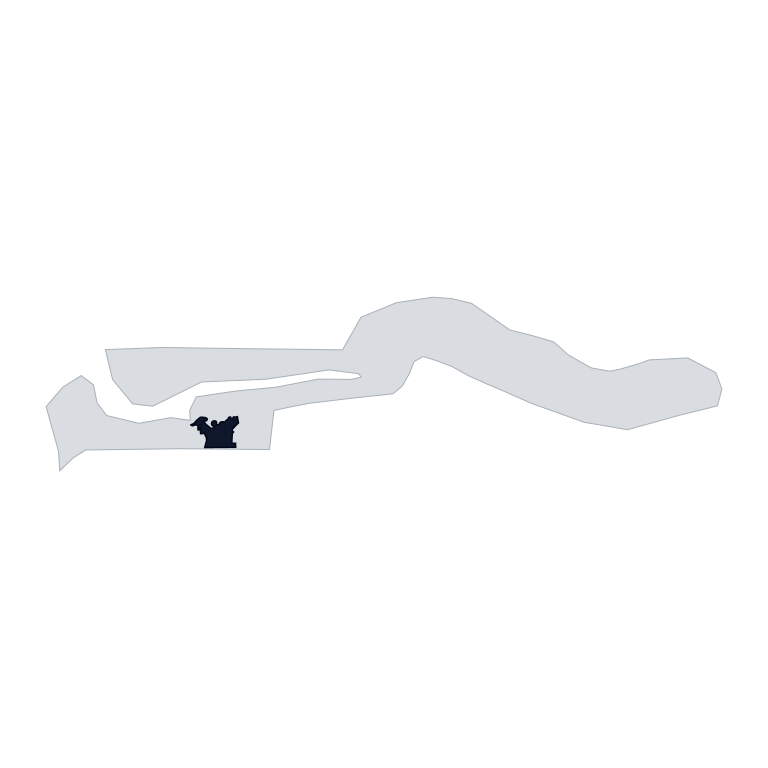 Foni Kansala, West Coast, Gambia shown in context
{"feature_id": "56634734B42615963496738", "entity_name": "Foni Kansala", "entity_type": "district", "adm_level": 2, "iso_a3": "GMB", "parent_name": "Gambia", "parent_adm1": "West Coast", "projection": "albers", "projection_center": [-16.082, 13.232], "detail": "fine", "context": "in_parent", "style": "filled", "palette": "ink", "viewbox_px": 768, "rotation_deg": 0, "n_neighbors": 0, "source": "geoboundaries", "source_scale": "gbopen_adm2", "svg_char_len": 3857}
<svg xmlns="http://www.w3.org/2000/svg" viewBox="0 0 768 768"><path d="M105.4,349.6L162.5,347.5L231.7,348.5L307.0,349.4L342.5,349.9L361.0,317.2L396.4,302.7L432.7,297.2L451.6,298.6L471.5,303.3L509.9,330.0L533.7,336.0L553.9,342.0L568.4,355.0L591.3,367.9L609.4,371.2L620.0,369.2L637.8,364.0L649.5,359.9L687.7,357.9L715.9,372.7L721.9,389.1L717.4,405.9L679.7,415.2L627.5,429.7L584.2,422.3L531.5,403.4L500.7,389.8L487.8,384.4L468.6,375.8L451.8,366.4L435.6,360.4L423.3,356.5L414.2,361.5L409.6,373.1L402.3,386.1L392.9,393.8L348.9,398.5L309.3,403.3L288.1,407.4L273.9,410.5L269.5,449.6L224.6,449.1L180.5,448.7L134.8,449.3L85.7,450.0L73.1,457.9L59.8,470.8L58.5,451.2L46.1,406.6L62.9,387.1L81.2,375.6L93.5,384.8L97.1,403.0L106.6,415.5L138.8,423.3L170.8,417.7L190.3,420.3L189.7,410.3L196.3,396.9L235.1,391.1L276.1,387.2L318.2,379.1L351.2,379.4L361.1,377.1L358.7,373.7L329.0,369.9L265.9,379.2L201.5,382.0L152.7,406.2L132.7,403.9L112.6,379.6L105.4,349.6Z" fill="#d9dde1" stroke="#a8b0b8" stroke-width="1"/><path d="M204.7,447.5L207.2,447.5L207.3,447.4L207.3,447.5L209.5,447.5L212.7,447.5L213.2,447.5L213.4,447.4L219.2,447.4L228.1,447.4L229.8,447.3L231.2,447.3L235.7,447.3L235.7,445.7L235.5,445.4L235.6,443.3L234.5,443.3L231.8,443.3L232.0,438.9L232.2,435.6L232.4,433.3L233.6,432.0L232.3,430.9L232.3,429.1L234.0,427.5L233.9,427.4L238.5,422.9L237.4,416.9L237.4,416.6L237.2,416.6L236.7,416.7L236.4,416.9L235.6,417.2L235.4,417.2L235.0,417.1L234.4,416.9L234.0,416.8L233.7,416.9L233.5,417.0L233.2,417.3L232.9,417.9L232.9,418.4L232.8,418.7L232.7,419.0L232.2,419.3L231.6,419.1L230.9,418.3L230.9,417.7L230.8,417.3L230.8,417.2L230.6,417.1L230.4,417.0L230.1,417.0L229.8,417.0L229.6,417.0L229.4,417.1L229.1,417.2L228.8,417.4L228.6,417.6L228.4,417.9L228.3,418.1L228.1,418.6L228.1,419.0L227.9,419.3L227.6,419.6L226.9,419.9L226.2,420.3L225.6,420.9L225.3,421.4L225.1,421.9L224.9,422.0L224.6,422.1L224.3,422.1L223.8,421.9L223.2,421.8L222.3,421.8L221.8,421.8L221.2,421.9L220.4,422.3L219.8,423.0L219.4,423.5L219.1,424.1L218.8,424.6L218.6,424.7L218.1,424.7L217.6,424.8L217.0,424.7L216.8,424.4L216.6,424.0L216.4,423.7L216.4,423.4L216.6,422.8L216.6,422.4L216.5,421.8L216.1,421.3L215.4,421.0L214.9,420.9L214.7,420.9L214.8,420.9L214.0,420.9L213.6,420.9L213.1,421.1L212.9,421.2L212.4,421.6L212.2,421.9L212.0,422.0L211.8,422.2L211.7,422.5L211.5,423.3L211.5,424.0L211.8,424.9L212.0,425.1L212.0,425.3L212.4,425.6L213.1,426.0L213.7,426.2L214.2,426.3L214.7,426.4L214.8,426.7L214.8,426.9L214.4,427.3L213.9,427.6L213.6,427.9L213.3,427.9L213.3,428.0L212.5,428.1L212.0,428.2L211.9,428.2L211.3,428.3L210.9,428.3L210.4,428.0L206.2,424.5L205.3,423.4L204.6,422.7L204.2,422.4L203.9,422.1L203.6,421.4L203.7,421.2L203.9,421.1L204.1,421.1L204.9,421.0L205.2,421.0L205.8,420.9L206.3,420.7L206.7,420.4L206.9,420.1L207.1,419.9L207.2,418.9L207.1,418.7L206.6,418.2L206.3,418.0L205.9,417.8L205.4,417.6L204.8,417.5L204.4,417.5L203.8,417.5L203.4,417.4L202.6,417.2L201.9,417.2L201.6,417.2L200.7,417.2L199.8,417.6L199.6,417.9L199.2,418.2L199.2,418.3L197.3,419.7L197.1,419.9L197.0,420.1L196.4,420.6L194.4,422.8L194.1,423.2L193.8,423.4L193.4,423.7L192.4,424.2L192.1,424.3L191.8,424.4L190.9,424.7L191.1,425.3L192.0,425.7L193.2,425.7L194.3,425.2L195.6,424.9L196.4,425.0L197.8,425.8L198.3,425.8L198.9,425.6L199.8,424.9L200.5,424.4L200.9,424.4L201.1,425.0L200.9,426.8L200.5,427.5L200.2,427.6L199.2,426.8L198.9,426.7L198.6,426.7L198.1,426.9L197.9,427.4L197.9,428.6L198.1,429.8L198.6,430.1L198.9,430.0L199.3,429.8L199.8,429.3L200.1,429.2L200.4,429.2L200.9,429.5L200.9,430.9L200.4,431.2L200.6,433.7L203.0,433.6L203.3,432.9L205.0,432.9L205.0,433.9L204.9,434.4L204.7,434.6L205.0,435.0L205.5,435.2L205.8,435.4L205.6,436.2L205.7,436.7L206.1,436.6L206.4,437.1L207.2,437.4L206.6,438.4L206.4,438.8L206.4,439.2L206.5,439.6L206.5,439.9L206.5,440.8L206.2,442.2L206.0,442.6L204.7,447.5Z" fill="#0f172a" stroke="#020617" stroke-width="1.5"/></svg>